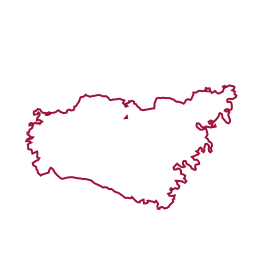 outline of Goioxim, Paraná, Brazil, rotated 108°
{"feature_id": "56859067B63744062598217", "entity_name": "Goioxim", "entity_type": "district", "adm_level": 2, "iso_a3": "BRA", "parent_name": "Brazil", "parent_adm1": "Paraná", "projection": "natural_earth1", "projection_center": [-52.013, -25.138], "detail": "fine", "context": "isolated", "style": "outline", "palette": "rose", "viewbox_px": 256, "rotation_deg": 108, "n_neighbors": 0, "source": "geoboundaries", "source_scale": "gbopen_adm2", "svg_char_len": 5186}
<svg xmlns="http://www.w3.org/2000/svg" viewBox="0 0 256 256"><g transform="rotate(108 128 128)"><path d="M185.9,63.2L184.3,62.2L182.4,63.3L181.0,62.1L179.8,62.8L177.7,62.7L179.2,65.6L179.6,67.8L178.1,69.5L177.3,68.2L176.1,67.1L174.4,67.1L173.4,68.8L171.9,68.5L172.5,66.4L170.6,64.5L170.6,62.0L169.0,61.0L167.1,61.4L166.3,63.6L164.8,64.4L163.4,66.1L162.7,63.8L162.3,61.5L162.1,59.9L162.6,57.0L160.7,56.0L159.4,57.6L158.8,59.2L157.5,58.7L155.8,58.8L155.1,60.5L155.1,63.4L152.3,64.4L151.1,66.0L151.0,68.0L152.5,69.3L153.2,71.4L151.4,72.5L148.4,71.1L146.8,70.3L147.6,68.2L148.5,65.7L148.4,63.7L147.1,62.0L145.5,64.5L143.6,65.2L142.0,64.7L141.7,62.8L143.0,62.0L144.2,60.8L144.4,58.6L145.3,56.0L146.7,55.1L147.0,52.8L147.2,51.1L145.8,50.8L144.7,52.0L142.1,52.4L140.3,49.2L138.8,49.8L137.4,51.4L136.9,52.8L137.8,55.2L136.7,56.4L135.8,58.3L133.9,55.9L132.6,54.8L131.6,53.1L130.2,52.6L129.1,55.8L127.5,54.0L126.1,54.1L124.2,53.1L124.7,51.5L126.9,50.8L127.6,48.7L126.0,48.3L124.5,49.1L122.0,49.4L119.2,49.4L118.6,47.8L119.9,45.5L121.5,45.0L123.0,44.8L124.9,43.9L125.6,42.2L124.3,41.3L122.7,42.2L121.5,43.1L119.0,42.5L117.0,43.6L116.1,44.9L115.6,47.2L114.2,48.2L112.9,51.2L110.0,50.3L108.6,50.9L106.9,51.9L104.5,53.6L105.4,55.5L106.6,56.6L107.2,58.9L105.9,62.3L105.0,63.3L103.7,63.8L102.3,63.8L101.8,61.6L104.2,58.0L104.2,56.3L102.4,54.2L102.3,52.1L101.9,49.4L100.6,47.0L100.0,49.1L98.1,49.1L95.7,48.6L92.8,46.8L89.0,45.5L86.8,45.6L85.4,45.2L85.7,43.0L88.9,41.4L90.5,39.0L91.7,37.0L92.5,35.6L92.4,33.8L91.0,33.0L89.5,33.1L87.9,34.2L86.2,35.5L84.5,36.8L81.5,36.5L81.4,38.0L82.0,39.8L81.6,41.4L80.4,41.1L79.4,39.6L79.5,37.3L78.6,35.5L76.9,35.4L75.6,35.8L74.3,36.3L72.8,37.1L71.5,38.6L72.5,41.3L70.8,42.4L69.4,41.7L68.8,40.3L68.6,38.8L67.8,37.0L65.3,35.0L63.6,34.9L62.9,37.2L60.3,37.6L60.0,40.6L57.8,39.2L55.9,39.6L55.8,41.1L56.0,43.0L56.2,44.8L57.9,46.4L59.2,47.8L58.0,48.7L59.2,50.5L60.7,49.1L62.2,49.1L63.9,49.1L65.3,50.3L67.3,52.6L66.9,54.8L65.9,56.7L67.7,58.0L68.7,59.1L67.7,60.3L68.1,62.0L66.2,61.8L65.0,62.7L65.9,64.0L65.9,66.3L67.3,66.3L68.6,64.4L69.2,67.1L70.1,68.6L70.2,70.7L70.9,72.3L73.2,74.1L74.1,76.8L75.8,76.2L78.6,76.5L80.4,76.6L82.1,77.2L82.0,79.9L83.7,81.6L86.0,81.8L87.7,82.6L87.4,84.1L87.4,86.3L87.3,87.9L88.0,89.6L87.7,91.6L86.9,92.8L86.9,94.7L86.7,97.4L87.7,100.9L88.2,102.9L88.7,104.9L89.5,106.2L89.8,108.1L90.9,109.8L92.3,110.2L94.3,110.1L96.2,110.4L101.1,109.1L103.0,112.9L104.2,114.9L104.8,116.3L106.4,119.1L106.6,121.7L105.5,122.9L104.9,124.9L104.2,126.2L102.8,127.9L102.9,129.8L101.2,130.4L100.8,132.7L102.0,133.6L102.1,135.2L103.4,134.8L104.3,135.8L105.2,137.1L106.6,138.6L105.9,140.5L102.9,140.0L102.9,143.0L102.8,145.0L103.6,146.7L104.5,148.3L105.2,150.4L106.5,152.3L106.9,153.9L105.3,156.3L104.5,158.6L105.5,161.2L105.5,165.6L106.3,167.5L107.1,168.7L107.9,170.3L108.9,172.1L110.0,173.8L109.8,177.1L109.5,178.6L111.2,179.3L112.6,181.0L113.4,182.6L116.3,182.7L118.3,182.8L121.4,183.8L123.4,184.2L124.3,185.7L125.8,185.1L127.8,185.3L128.9,187.6L128.6,189.6L130.0,191.2L132.2,191.1L133.4,193.1L133.8,194.5L133.6,196.2L133.3,198.2L132.6,199.5L133.5,200.6L134.9,201.4L136.1,202.7L136.9,204.6L137.8,206.3L137.4,208.0L138.8,209.3L139.4,207.2L140.6,208.5L140.8,210.5L139.2,211.1L139.9,213.9L139.2,215.5L137.6,217.3L137.9,219.7L140.5,221.1L141.3,222.5L142.9,222.3L144.4,221.5L143.6,219.9L142.8,218.4L140.9,218.0L141.5,216.5L143.1,216.1L144.8,216.6L146.4,217.4L148.8,217.0L147.8,215.7L147.9,213.4L148.5,211.6L149.9,212.6L151.4,213.1L150.7,214.5L152.0,215.9L151.6,217.5L153.1,219.2L153.2,221.8L154.8,223.0L156.0,222.4L154.8,219.2L157.3,219.1L158.9,219.9L159.9,221.1L162.7,220.8L163.3,222.2L165.2,221.6L165.5,219.3L166.9,218.7L166.6,217.1L166.2,215.5L167.6,216.0L168.7,217.6L169.0,219.5L170.2,220.5L172.0,220.6L171.0,218.3L171.7,215.6L173.0,217.0L174.7,218.2L176.3,217.4L178.9,216.3L178.5,213.0L180.6,211.8L181.9,211.0L180.8,209.7L179.8,208.8L178.4,207.2L180.4,206.2L182.0,205.9L184.0,205.3L184.1,203.0L186.2,203.6L188.0,205.7L189.4,206.5L190.6,207.8L192.6,206.7L193.4,203.4L195.4,202.4L196.6,200.8L198.6,199.7L199.2,197.8L200.2,196.5L198.5,194.8L196.2,191.5L195.1,189.8L192.4,189.8L191.1,189.7L189.6,189.0L190.1,187.3L191.0,186.0L192.7,184.2L194.5,181.3L195.8,178.4L196.6,176.6L196.5,174.4L195.3,172.6L194.2,170.9L192.6,167.7L191.9,165.4L191.6,161.9L191.2,159.8L190.6,157.6L190.7,155.7L190.0,154.2L189.7,152.1L189.4,150.5L189.4,148.8L189.3,146.6L190.2,144.5L190.9,142.8L191.5,137.5L191.9,135.1L192.4,133.4L191.5,131.8L191.1,129.8L192.0,126.9L191.2,125.3L191.5,123.5L192.5,121.7L192.7,119.6L192.7,117.1L193.3,114.8L194.4,111.4L195.4,109.1L194.5,106.8L194.3,105.0L193.8,103.3L192.4,103.0L193.6,100.8L194.8,98.5L195.6,96.1L195.2,93.9L194.0,94.0L192.5,92.6L191.3,91.1L193.5,90.1L194.8,89.5L193.8,86.9L192.5,86.0L191.2,87.0L190.6,85.4L190.7,83.6L190.4,82.0L190.6,79.7L188.6,78.9L189.7,77.3L190.9,75.9L193.0,76.0L195.4,74.9L195.3,73.0L193.7,72.9L192.5,71.3L193.2,68.1L192.0,66.3L190.3,64.9L188.2,64.5L185.9,63.2ZM95.7,48.6L97.5,50.3L98.8,51.7L97.2,53.2L95.3,51.7L95.7,48.6ZM106.6,138.6L106.6,136.7L107.3,135.4L108.4,136.9L106.6,138.6ZM118.8,131.9L119.5,133.7L117.2,132.8L118.8,131.9ZM100.6,47.0L99.5,45.1L98.3,46.1L100.6,47.0Z" fill="none" stroke="#9f1239" stroke-width="2"/></g></svg>